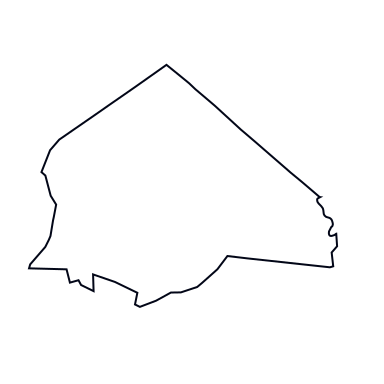 the district of Orange, New York, United States of America, rotated 189°
{"feature_id": "52423323B72877265814635", "entity_name": "Orange", "entity_type": "district", "adm_level": 2, "iso_a3": "USA", "parent_name": "United States of America", "parent_adm1": "New York", "projection": "orthographic", "projection_center": [-74.423, 41.388], "detail": "fine", "context": "isolated", "style": "outline", "palette": "ink", "viewbox_px": 384, "rotation_deg": 189, "n_neighbors": 0, "source": "geoboundaries", "source_scale": "gbopen_adm2", "svg_char_len": 1084}
<svg xmlns="http://www.w3.org/2000/svg" viewBox="0 0 384 384"><g transform="rotate(189 192 192)"><path d="M331.0,166.2L324.2,158.3L324.6,145.5L324.8,142.3L324.9,126.4L325.9,122.4L328.3,114.8L340.5,95.2L341.0,91.1L309.9,95.2L303.8,96.0L298.4,83.4L290.3,87.1L287.0,82.8L273.7,78.7L276.8,95.1L254.0,91.1L230.2,83.9L230.7,72.0L225.5,70.4L210.5,79.0L197.1,89.4L187.3,91.1L172.0,99.0L167.9,103.7L154.8,119.7L147.0,134.3L126.9,135.1L44.0,139.2L40.9,140.7L44.6,154.1L40.2,161.1L43.0,173.3L43.2,173.2L44.5,171.8L47.1,170.5L48.2,170.3L49.1,170.5L49.8,171.2L50.2,172.1L50.4,172.9L50.5,174.5L49.0,179.1L48.1,180.1L47.8,181.8L48.1,183.2L49.0,185.2L49.9,186.6L50.8,187.3L52.0,187.9L55.6,188.4L57.4,189.5L58.4,190.9L59.5,194.7L60.2,196.3L62.1,198.2L65.2,200.5L66.6,202.0L67.2,203.8L67.1,204.9L66.6,205.5L64.6,207.0L65.2,207.0L85.1,219.2L97.8,226.7L138.0,251.8L153.7,261.4L183.0,280.8L187.4,283.5L204.7,294.0L211.8,298.9L220.0,303.7L237.1,313.6L264.2,287.2L287.6,264.8L298.5,254.3L331.3,223.0L338.7,211.1L343.8,188.1L339.4,185.3L331.0,166.2Z" fill="none" stroke="#020617" stroke-width="2"/></g></svg>